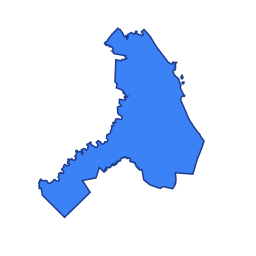 outline of Mazatlán, Sinaloa, Mexico, rotated 191°
{"feature_id": "50627088B53659635813519", "entity_name": "Mazatlán", "entity_type": "district", "adm_level": 2, "iso_a3": "MEX", "parent_name": "Mexico", "parent_adm1": "Sinaloa", "projection": "mercator", "projection_center": [-106.27, 23.48], "detail": "fine", "context": "isolated", "style": "filled", "palette": "blue", "viewbox_px": 256, "rotation_deg": 191, "n_neighbors": 0, "source": "geoboundaries", "source_scale": "gbopen_adm2", "svg_char_len": 5851}
<svg xmlns="http://www.w3.org/2000/svg" viewBox="0 0 256 256"><g transform="rotate(191 128 128)"><path d="M199.1,45.6L173.2,28.2L152.9,57.6L162.7,67.8L149.9,72.9L148.6,83.7L143.2,80.2L142.7,80.4L142.6,80.9L143.0,81.1L142.3,81.5L142.8,81.5L143.0,81.8L142.5,82.4L141.9,82.5L142.3,83.0L141.7,83.0L141.8,83.3L142.2,83.3L142.1,83.6L141.2,83.6L141.5,84.2L142.0,84.5L141.9,84.8L141.2,85.5L140.0,85.0L139.4,85.1L139.3,85.5L138.8,86.0L137.9,85.8L137.4,86.8L137.7,87.1L136.7,87.8L136.9,89.1L136.3,89.5L136.3,88.9L135.9,88.7L135.8,90.3L135.4,90.3L135.2,89.9L134.5,90.0L134.7,89.5L134.3,88.6L133.4,89.6L133.6,89.9L133.2,90.1L133.6,90.3L132.8,90.6L133.0,90.8L133.0,91.8L132.4,91.8L132.5,91.1L131.9,91.6L131.9,92.4L132.2,93.1L131.5,93.0L130.5,93.3L130.3,93.6L130.7,93.9L130.5,94.5L129.4,94.2L129.1,95.3L129.6,95.8L129.0,95.6L129.1,96.9L127.9,97.4L127.7,97.8L128.0,98.2L127.1,97.7L126.4,98.3L126.7,98.6L126.0,98.9L125.5,98.7L125.2,98.9L124.8,98.3L123.9,98.9L123.6,98.3L123.0,98.5L122.9,98.0L122.6,97.9L122.0,98.4L121.7,98.3L120.8,98.7L120.3,98.0L119.6,97.9L119.4,97.6L119.4,96.7L119.9,96.2L119.3,95.4L118.6,95.6L118.4,95.3L117.8,95.6L117.1,95.3L116.4,95.5L115.1,94.8L114.6,95.3L113.5,93.0L112.5,92.7L112.6,92.1L112.4,91.6L111.7,91.5L111.1,90.6L110.2,90.8L109.8,89.7L109.1,89.7L108.6,89.1L107.9,89.5L106.9,89.0L106.3,89.7L102.6,80.1L95.8,76.5L87.9,75.2L84.6,75.0L82.3,77.3L72.5,76.9L70.6,82.4L71.3,83.4L70.7,84.4L71.5,88.2L73.0,93.1L55.5,95.1L54.0,110.9L51.7,123.0L50.9,129.7L55.5,134.1L56.4,135.5L59.6,138.0L64.0,142.1L69.0,147.4L71.9,151.1L74.4,155.2L76.3,157.5L76.7,158.6L78.3,160.5L79.4,162.4L80.9,164.2L81.6,166.1L81.7,167.5L81.5,168.5L80.7,169.7L79.6,169.9L79.2,169.7L78.7,169.8L78.5,170.4L78.6,170.8L79.3,170.9L83.4,175.8L84.7,178.6L84.7,179.0L84.2,179.2L84.2,179.7L84.6,180.1L84.7,181.3L86.7,183.3L87.6,185.9L91.4,188.0L93.7,190.2L94.5,191.9L94.7,192.6L94.4,193.6L93.9,194.1L93.6,193.6L93.0,193.9L93.1,194.6L92.6,195.1L92.7,196.0L93.3,196.3L93.5,196.9L93.1,197.6L93.3,198.0L93.2,198.5L93.4,198.9L93.8,198.9L94.0,199.3L93.9,199.7L93.5,199.8L93.5,200.3L92.8,201.6L93.7,201.6L94.1,200.9L94.9,200.9L95.4,201.1L95.2,201.3L95.9,201.0L96.3,201.3L96.8,200.6L96.7,200.2L96.4,200.4L96.8,199.2L97.6,199.0L100.0,199.8L101.5,200.6L114.9,212.5L118.6,216.3L123.4,221.9L131.1,227.8L133.2,224.9L130.8,222.7L132.3,221.1L133.9,222.1L136.1,221.7L137.4,222.4L137.8,224.6L138.8,224.4L139.4,221.3L143.1,222.3L146.5,219.2L146.3,218.6L146.4,218.3L145.8,218.4L145.9,217.8L145.5,217.6L145.6,217.1L145.3,216.5L145.9,215.6L145.8,215.1L146.3,215.1L146.3,216.5L146.6,216.4L147.1,216.8L147.0,217.2L147.7,217.2L147.8,217.4L147.5,217.6L147.9,217.9L149.0,217.0L151.4,220.2L154.9,223.4L156.0,223.1L157.1,223.2L157.2,223.7L161.8,216.6L164.4,211.4L164.7,210.4L164.7,209.7L165.3,209.3L165.6,208.5L166.5,208.1L166.4,207.6L167.2,206.8L166.0,205.9L166.2,205.6L165.5,205.2L165.3,205.6L165.0,205.7L164.9,205.3L164.5,205.3L164.3,205.0L163.6,205.4L163.0,205.2L162.5,205.5L161.6,205.4L161.4,205.2L161.5,204.6L161.0,205.0L160.1,204.3L158.6,204.1L157.5,201.7L157.3,200.1L158.1,200.2L155.7,198.3L144.8,198.5L144.9,198.0L143.8,198.2L143.9,196.2L142.7,196.0L145.1,194.3L145.8,194.4L146.4,194.0L147.0,194.1L147.2,192.8L153.0,192.6L149.6,170.8L147.3,169.2L147.1,165.1L146.2,165.3L144.3,164.7L143.9,164.9L143.1,164.5L141.9,164.5L141.4,164.3L140.8,163.5L140.1,163.8L139.4,163.4L139.5,163.0L139.2,162.5L139.5,162.1L139.1,161.0L138.1,161.4L138.0,161.0L136.8,160.3L136.8,158.7L134.4,159.1L135.3,158.1L137.5,157.8L137.5,157.3L136.8,156.6L135.7,155.9L136.1,155.2L137.4,154.6L141.8,154.6L142.0,154.2L141.4,152.6L141.6,151.1L139.3,148.8L139.0,148.2L139.1,147.8L141.3,147.5L142.4,146.3L141.9,144.5L141.4,143.8L141.4,142.1L140.1,139.6L136.5,138.3L135.7,136.3L136.5,135.1L136.9,134.8L138.0,135.2L139.0,134.9L140.2,135.1L141.5,134.5L142.1,132.5L141.2,131.5L141.3,130.6L142.3,130.4L143.2,130.9L143.8,130.5L143.7,129.4L142.8,128.8L142.7,127.6L143.0,127.2L144.5,127.0L144.0,125.9L144.1,124.8L143.9,124.3L144.0,123.2L144.6,122.1L144.3,119.9L145.0,118.9L146.0,118.6L147.0,116.9L147.5,116.9L147.2,114.2L146.9,113.7L145.9,113.0L145.5,112.0L145.5,111.4L145.9,110.5L147.5,110.3L148.2,109.9L148.4,109.5L148.2,108.5L149.7,107.2L151.1,107.6L151.9,108.8L153.6,109.2L154.4,109.9L155.0,109.8L156.4,107.8L155.4,107.0L154.0,105.4L154.5,104.4L154.6,103.4L155.4,102.9L158.9,103.8L161.1,104.8L161.6,105.2L161.5,106.7L161.9,107.0L162.5,106.8L163.0,105.7L164.0,104.8L165.2,104.2L164.9,103.2L163.7,102.9L163.4,102.5L163.8,100.9L163.4,100.1L163.7,99.0L164.5,98.4L166.1,99.4L167.6,99.4L168.7,98.1L169.5,97.9L169.5,97.2L167.9,95.6L167.4,94.6L167.9,93.4L168.4,93.8L169.1,95.3L170.4,95.8L170.8,95.8L171.3,95.1L171.7,95.0L172.3,95.1L173.7,96.3L174.3,96.2L174.7,95.9L174.9,95.2L174.0,93.9L173.4,92.4L173.9,91.3L174.6,91.0L174.7,90.3L174.1,89.3L173.1,88.9L173.0,88.4L174.1,87.1L174.4,86.1L175.7,86.0L177.4,87.2L179.1,85.5L180.3,86.3L181.0,85.9L180.9,85.3L180.0,85.2L179.6,84.5L179.8,83.9L180.8,83.4L180.6,81.9L180.1,81.4L178.9,81.5L178.6,80.6L179.1,79.7L180.7,79.3L181.2,79.3L182.0,79.9L183.1,80.2L183.8,79.1L183.9,77.9L183.5,77.0L184.8,75.7L185.2,74.5L183.5,73.7L182.9,72.8L182.6,71.8L184.0,70.7L184.5,70.8L184.8,71.4L185.5,71.6L186.5,70.6L187.3,70.1L186.8,68.6L187.2,66.9L187.1,66.1L185.7,64.7L185.5,63.8L185.9,63.2L187.0,62.6L188.4,62.3L189.3,63.2L190.3,63.4L190.8,63.2L191.4,62.2L191.7,60.9L192.4,60.3L193.4,60.0L193.6,58.9L194.0,58.6L195.7,58.7L197.6,60.7L198.1,60.8L200.0,60.5L201.1,59.8L202.3,60.2L203.6,61.2L204.1,60.3L204.6,60.0L204.7,59.8L204.1,58.5L204.9,57.9L205.1,56.8L204.1,55.0L204.4,54.6L204.3,53.7L203.7,52.7L203.5,51.7L201.9,52.5L199.1,45.6ZM85.6,188.5L85.4,187.2L84.6,186.5L83.6,187.5L83.8,188.0L84.9,188.3L84.6,188.6L85.0,188.6L85.3,189.2L85.6,188.5ZM82.7,181.8L81.8,182.2L81.8,183.7L83.1,183.5L82.9,183.3L83.3,182.4L82.7,181.8ZM84.5,190.5L85.4,189.8L85.3,189.2L84.5,190.5Z" fill="#3b82f6" stroke="#1e3a8a" stroke-width="1.5"/></g></svg>